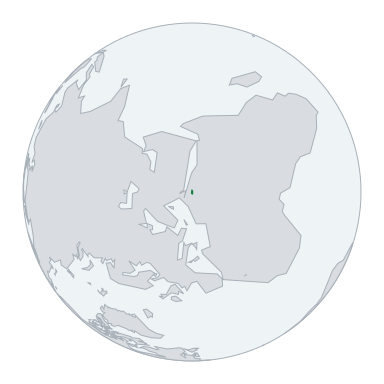 Suhaj highlighted on a globe, orthographic projection, rotated 225°
{"feature_id": "EGY-1552", "entity_name": "Suhaj", "entity_type": "Governorate", "adm_level": 1, "iso_a3": "EGY", "parent_name": "Egypt", "parent_adm1": "", "projection": "orthographic", "projection_center": [31.858, 26.536], "detail": "fine", "context": "on_globe", "style": "filled", "palette": "green", "viewbox_px": 384, "rotation_deg": 225, "n_neighbors": 0, "source": "natural_earth", "source_scale": "10m", "svg_char_len": 10184}
<svg xmlns="http://www.w3.org/2000/svg" viewBox="0 0 384 384"><g transform="rotate(225 192 192)"><circle cx="192" cy="192" r="169" fill="#eef3f6" stroke="#a8b0b8"/><path d="M214.1,24.5L208.3,23.8L207.7,23.9L213.1,24.5L215.8,25.0L208.0,24.1L211.9,25.1L199.9,24.9L179.7,24.4L172.7,25.8L150.9,30.0L152.5,30.2L145.2,32.5L144.4,33.7L140.6,34.6L143.2,34.9L146.9,33.9L149.2,33.8L149.1,34.6L144.2,35.7L143.6,35.5L142.0,36.2L139.7,36.5L140.7,36.8L134.8,38.4L140.4,38.1L135.4,40.4L131.6,41.2L132.4,39.4L125.6,38.3L122.0,39.3L116.0,42.1L103.9,50.3L99.7,52.5L93.7,56.6L95.8,55.9L101.2,52.5L103.6,52.8L110.0,49.1L111.9,48.8L118.2,46.2L116.8,48.5L111.9,52.5L106.5,55.0L104.2,56.9L108.9,56.5L98.5,63.5L91.0,72.7L88.4,74.6L84.0,74.2L85.0,68.9L79.3,70.2L82.5,71.6L75.8,77.1L74.5,79.1L74.6,80.4L76.9,79.3L74.5,81.9L70.5,81.0L72.6,78.6L73.9,78.8L74.3,76.5L71.5,76.8L68.4,80.0L67.6,78.4L65.3,80.9L63.9,82.2L67.5,78.3L61.0,85.6L60.2,86.2L68.3,76.9L77.1,68.1L86.5,60.1L96.4,52.7L106.9,46.1L117.8,40.2L129.1,35.2L140.7,31.0L152.6,27.7L164.8,25.2L177.1,23.7L189.4,23.1L201.8,23.3L214.1,24.5ZM26.7,157.0L26.3,159.1L26.0,160.4L24.0,177.6L24.7,189.9L24.8,198.1L24.5,201.2L25.4,205.1L25.4,207.8L31.7,223.1L37.1,235.6L38.4,244.8L36.8,250.7L42.3,269.2L41.4,268.6L36.0,257.0L31.6,245.1L28.0,232.8L25.4,220.3L23.8,207.7L23.1,195.0L23.3,182.2L24.5,169.5L26.7,157.0ZM118.6,45.1L118.4,45.6L117.3,45.8L118.6,45.1ZM121.6,43.6L120.4,43.5L121.7,42.8L122.3,42.8L121.6,43.6ZM220.0,25.4L221.9,25.8L218.6,25.2L220.0,25.4ZM122.6,44.0L124.0,41.5L126.2,40.3L130.6,39.8L122.6,44.0ZM222.1,26.0L226.8,27.5L229.7,27.9L224.0,27.9L221.9,26.4L217.5,25.4L221.0,25.9L222.1,26.0ZM148.1,33.3L144.2,34.4L147.6,32.9L148.1,33.3ZM149.7,32.4L156.7,28.6L162.4,27.8L158.9,29.0L166.3,27.7L165.6,29.0L161.4,30.1L157.8,30.3L160.3,30.7L149.7,32.4ZM220.1,27.9L220.1,28.3L218.7,27.7L220.1,27.9ZM150.4,33.7L151.3,32.9L156.3,32.0L155.4,33.5L154.1,33.3L150.4,33.7ZM168.6,26.8L172.1,26.6L172.5,27.6L174.0,27.7L166.1,29.0L168.6,26.8ZM152.9,33.9L154.8,34.4L152.3,35.6L149.9,34.5L152.9,33.9ZM158.0,31.2L160.3,30.9L158.7,31.5L158.0,31.2ZM144.6,40.7L145.6,39.4L148.2,38.7L144.6,40.7ZM155.7,34.5L156.5,34.1L157.7,33.8L158.4,34.4L155.7,34.5ZM166.9,29.7L166.4,30.3L170.2,29.2L170.6,30.2L165.3,31.0L167.8,31.0L167.9,31.4L163.4,31.7L166.9,29.7ZM162.7,34.2L156.0,35.9L153.6,38.2L151.2,38.8L155.5,35.0L162.7,34.2ZM163.5,32.6L162.4,33.7L159.9,33.7L159.1,33.0L163.5,32.6ZM172.9,30.6L173.5,29.0L174.7,28.9L172.9,30.6ZM162.5,34.8L164.1,34.4L162.6,34.9L162.5,34.8ZM170.2,31.8L170.3,31.2L171.6,31.1L170.2,31.8ZM167.2,34.2L165.1,34.7L164.4,34.2L167.2,34.2ZM169.0,33.1L170.7,33.2L165.5,33.7L168.8,32.8L169.0,33.1ZM171.4,31.8L172.2,31.6L171.2,32.1L171.4,31.8ZM170.8,36.1L164.3,37.0L162.9,35.7L169.4,35.0L170.8,36.1ZM76.4,228.2L67.8,201.0L72.6,193.0L74.0,181.8L108.0,152.1L114.7,156.1L140.9,155.8L144.1,157.7L140.5,166.3L159.7,179.4L166.6,172.4L184.6,179.1L196.8,178.9L202.2,162.2L182.0,162.1L179.1,153.9L195.6,146.9L213.3,147.5L212.7,144.3L202.0,137.6L206.5,131.8L198.3,134.9L201.3,138.0L196.3,140.2L193.2,137.6L194.9,135.5L189.8,134.1L182.9,145.2L185.2,149.6L171.3,151.2L173.8,158.9L169.9,162.2L164.2,150.6L165.1,146.4L154.2,133.6L152.0,138.0L162.1,150.6L158.7,149.4L155.8,156.2L155.4,150.2L144.9,136.0L132.6,137.1L116.2,151.9L109.2,151.9L103.8,147.0L110.6,130.3L125.4,132.3L128.0,127.2L125.7,118.6L130.4,120.1L131.3,117.1L137.0,117.7L145.7,111.5L151.6,111.5L155.7,102.7L159.3,101.7L155.8,107.1L156.5,111.1L171.2,112.0L174.3,110.2L175.8,104.6L179.6,105.9L179.2,100.4L188.0,98.7L176.9,96.4L178.3,90.6L184.0,86.4L182.5,84.3L173.3,91.2L171.4,94.4L172.9,97.7L166.1,107.0L160.9,108.2L160.5,97.5L153.1,98.3L156.1,90.2L179.2,75.5L188.5,73.2L202.4,81.0L199.8,84.4L193.6,83.2L198.7,89.4L198.6,86.4L201.8,87.7L204.0,83.0L206.4,83.8L204.4,78.3L207.6,78.7L208.7,82.1L214.7,76.3L221.4,76.2L221.6,74.6L219.9,72.9L229.6,74.3L229.4,73.1L226.1,72.1L223.4,69.2L222.4,64.7L225.8,65.5L226.6,67.2L233.5,72.2L235.1,77.0L236.4,76.9L235.8,72.9L227.4,66.8L225.9,63.9L230.3,66.3L228.5,65.2L228.8,64.1L232.3,63.7L227.7,61.0L226.3,49.1L232.9,47.9L237.0,51.0L239.6,45.1L246.9,45.2L243.8,44.1L243.0,41.2L240.7,41.1L239.2,40.5L236.1,34.3L238.1,33.8L233.3,30.9L231.7,30.5L230.0,30.6L224.0,27.9L229.7,27.9L233.0,28.7L234.3,28.6L241.6,30.8L248.2,32.9L255.3,36.1L260.0,37.8L260.0,37.6L266.2,40.3L279.2,47.3L268.7,42.4L249.3,34.3L257.2,37.4L255.4,37.1L258.3,38.6L263.9,41.1L264.5,41.0L273.5,48.9L287.0,58.6L286.0,55.7L289.5,57.1L304.0,68.0L321.3,89.6L326.1,93.5L329.2,97.3L331.0,101.6L326.6,96.0L324.8,95.8L322.0,92.2L323.5,97.9L319.6,93.2L322.6,100.3L326.0,103.2L326.1,99.6L330.4,108.4L335.8,112.5L340.9,120.7L346.9,140.7L346.4,150.3L347.3,153.5L344.7,152.2L344.9,160.5L352.4,172.8L353.4,177.6L352.0,190.8L351.3,187.4L344.6,184.2L345.9,196.4L351.1,201.8L353.0,211.4L350.1,211.1L347.9,202.8L345.5,201.3L344.3,191.0L338.9,178.2L335.8,183.9L334.3,177.9L326.3,168.8L321.0,176.8L313.6,198.7L315.5,214.5L311.7,223.3L300.0,204.6L294.8,190.2L290.5,193.2L278.5,183.3L257.6,187.7L254.7,184.1L250.7,186.9L242.3,184.2L237.8,178.1L232.6,179.3L244.6,195.3L250.1,194.0L254.8,186.3L257.1,192.3L265.3,196.3L256.1,213.4L225.2,231.1L222.3,219.4L199.2,187.4L200.0,183.6L199.9,183.2L199.6,182.4L197.4,188.7L193.4,182.2L205.7,205.1L207.7,214.9L224.8,231.8L223.2,233.8L228.7,237.0L246.5,230.2L246.6,234.2L238.1,253.3L213.5,278.9L216.9,293.6L215.2,305.7L200.1,314.1L201.7,322.5L193.9,325.6L193.6,330.1L187.5,334.7L177.2,338.7L159.4,337.6L158.1,333.8L148.9,325.2L136.1,303.2L140.3,293.6L138.7,285.2L125.8,264.4L128.6,253.8L125.2,248.5L118.2,248.4L114.4,242.0L110.1,241.0L84.1,238.3L76.4,228.2ZM95.8,169.3L94.8,172.6L95.8,169.3ZM231.9,156.9L242.6,156.3L237.9,146.3L241.6,145.5L238.7,142.6L237.5,145.7L230.3,137.7L235.0,134.2L233.8,129.8L230.1,129.9L222.8,137.8L233.0,148.9L230.5,153.5L231.9,156.9ZM26.3,159.2L25.9,161.8L26.0,160.6L26.3,159.2ZM33.7,132.8L32.9,135.4L33.3,134.1L33.7,132.8ZM76.1,77.1L76.3,77.3L75.8,78.9L75.0,79.0L76.1,77.1ZM80.4,82.6L76.5,86.7L78.7,83.6L76.7,84.1L78.8,78.7L87.2,75.3L83.0,77.7L80.4,82.6ZM83.9,71.2L81.6,74.6L83.8,71.0L83.9,71.2ZM130.7,101.3L132.3,103.6L129.8,106.8L122.3,107.9L125.9,103.2L130.7,101.3ZM135.3,106.2L137.0,95.9L141.7,95.2L138.8,97.2L141.7,97.8L137.8,101.3L140.6,111.2L138.5,114.8L125.9,114.2L131.2,112.2L129.2,110.0L135.3,106.2ZM133.2,75.0L134.0,71.7L143.2,74.2L141.3,77.1L133.8,78.1L131.5,75.4L133.2,75.0ZM130.0,43.9L129.8,43.3L131.1,42.8L132.5,43.0L130.0,43.9ZM144.8,40.1L132.7,46.6L131.7,46.1L125.7,51.1L121.0,51.8L125.0,48.4L116.8,53.0L118.5,50.3L113.3,53.7L122.8,46.1L124.0,44.2L124.5,46.0L128.8,45.3L131.1,44.4L138.4,40.7L143.2,36.7L148.3,35.8L150.6,36.3L150.3,37.1L147.1,37.3L148.9,38.2L144.0,39.3L144.8,40.1ZM175.0,47.8L171.4,46.8L174.2,50.8L169.3,51.0L169.9,51.5L166.2,52.9L162.7,55.6L160.6,55.3L160.1,56.5L157.6,57.6L156.3,59.3L152.0,59.5L150.1,61.6L149.2,60.6L147.0,64.2L146.7,61.7L143.4,63.2L145.4,64.8L125.4,64.4L117.2,66.9L110.6,70.6L110.9,66.3L117.4,60.4L126.7,54.8L134.5,53.3L133.2,51.9L136.6,50.9L136.2,52.4L138.9,49.5L141.5,49.1L149.7,45.5L152.0,42.0L155.0,40.8L155.5,42.0L158.2,40.0L161.2,41.6L163.4,40.9L168.6,41.9L168.2,45.0L170.7,44.0L174.8,45.0L175.0,47.8ZM172.1,36.5L172.7,39.6L170.4,41.5L162.4,39.0L159.9,39.4L154.7,38.3L158.2,35.8L159.4,36.3L161.4,36.3L159.5,37.0L162.5,36.4L164.2,37.1L166.9,36.9L166.4,37.9L172.1,36.5ZM148.1,154.7L150.6,155.4L154.7,155.4L152.9,159.8L148.1,154.7ZM140.7,145.1L143.1,144.8L142.5,150.7L139.9,150.2L140.7,145.1ZM144.8,139.9L143.2,144.4L142.5,141.7L144.8,139.9ZM158.0,106.6L160.6,106.2L160.7,107.5L159.1,109.4L158.0,106.6ZM182.2,61.5L180.5,60.2L181.4,59.6L180.9,55.9L184.5,55.7L186.2,57.9L182.2,61.5ZM198.5,165.1L194.7,168.4L193.0,166.8L194.6,166.0L198.5,165.1ZM172.5,164.5L178.3,166.8L172.0,165.7L172.5,164.5ZM186.0,60.6L185.4,59.1L187.6,60.0L186.0,60.6ZM187.1,55.4L189.7,56.1L184.9,55.3L187.1,55.4ZM259.3,345.2L259.9,345.5L257.5,346.4L259.3,345.2ZM244.1,300.7L232.3,321.8L224.3,322.7L222.9,317.3L227.4,305.0L236.7,300.4L241.2,294.0L244.1,300.7ZM358.4,221.4L358.2,222.4L358.5,220.4L358.6,220.0L358.4,221.4ZM358.2,222.0L354.7,230.0L352.9,231.3L353.7,228.0L356.7,223.5L358.2,222.0ZM353.5,228.2L350.1,225.7L342.4,211.2L345.3,209.2L352.7,215.1L352.3,217.7L354.4,220.5L353.5,228.2ZM360.2,202.9L359.7,210.1L358.2,214.0L357.3,214.9L356.7,207.8L357.0,202.6L357.9,201.1L359.2,179.9L360.0,181.3L360.2,189.4L360.7,193.4L360.2,202.9ZM316.3,215.7L320.2,223.4L317.8,226.0L316.3,215.7ZM358.0,167.1L358.6,176.1L357.5,165.2L358.0,167.1ZM356.3,157.8L357.1,160.8L356.3,158.8L356.3,157.8ZM348.8,157.9L348.0,160.4L347.2,158.2L347.7,153.7L348.8,157.9ZM344.8,127.8L347.8,134.3L348.7,136.8L346.8,133.7L344.8,127.8ZM215.8,59.7L212.5,64.7L212.5,68.9L216.2,71.8L209.5,70.2L209.5,63.7L215.8,59.7ZM224.7,50.2L221.4,48.2L223.7,48.0L224.8,48.4L224.7,50.2ZM222.1,49.7L216.4,49.4L215.1,47.6L219.9,48.2L222.1,49.7ZM201.2,54.3L199.9,55.7L198.2,54.9L201.2,54.3ZM360.1,208.8L360.5,203.5L360.9,194.3L360.9,189.8L360.9,187.5L360.9,189.7L360.9,193.6L360.9,196.9L360.9,196.4L360.1,208.8ZM359.7,171.8L359.3,169.1L359.6,173.0L358.2,161.8L358.7,164.7L359.7,171.8ZM358.1,162.3L358.5,165.8L357.6,159.7L358.1,162.3ZM358.2,164.4L357.3,160.8L357.5,160.0L358.2,164.4ZM358.1,161.6L356.6,154.9L357.4,158.0L358.1,161.6ZM355.1,153.0L356.8,156.3L356.0,157.4L352.2,145.4L352.2,143.6L355.1,153.0ZM331.5,98.0L329.4,95.3L328.4,93.3L330.1,95.7L331.5,98.0ZM323.1,85.5L327.4,92.0L330.5,97.8L331.2,98.2L335.1,104.2L332.0,100.7L327.2,92.9L325.5,89.5L321.9,85.0L318.6,80.6L314.1,76.0L311.5,73.2L315.1,76.5L323.1,85.5ZM312.2,74.2L303.1,65.9L302.8,64.8L304.7,66.3L309.0,70.5L308.9,70.8L312.2,74.2ZM300.8,63.7L300.6,64.1L287.0,55.5L284.0,53.5L294.2,58.8L294.6,59.5L298.0,62.0L300.8,63.7ZM221.9,28.5L220.3,28.3L221.3,28.2L221.9,28.5ZM238.0,40.5L236.1,39.6L237.3,39.2L238.0,40.5ZM231.5,36.9L231.4,37.9L230.1,36.6L231.5,36.9ZM231.5,40.4L230.7,38.2L233.5,40.8L231.5,40.4Z" fill="#d9dde1" stroke="#a8b0b8" stroke-width="1"/><path d="M193.1,193.2L192.9,193.1L192.8,192.9L192.7,192.9L192.6,193.0L192.4,193.0L191.1,191.8L190.9,191.6L190.5,191.1L190.8,191.0L190.8,190.9L191.0,190.8L191.1,191.0L191.3,191.1L191.8,191.4L191.9,191.5L192.0,191.6L192.1,191.8L192.2,192.1L192.3,192.3L192.5,192.4L192.5,192.5L192.8,192.6L192.9,192.8L193.2,193.1L193.1,193.2Z" fill="#22c55e" stroke="#15803d" stroke-width="1.5"/></g></svg>